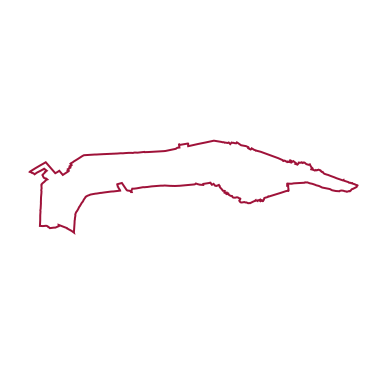 Scobinti, Iasi, Romania, rotated 187°
{"feature_id": "2599482B99021610053255", "entity_name": "Scobinti", "entity_type": "district", "adm_level": 2, "iso_a3": "ROU", "parent_name": "Romania", "parent_adm1": "Iasi", "projection": "natural_earth1", "projection_center": [26.947, 47.425], "detail": "fine", "context": "isolated", "style": "outline", "palette": "rose", "viewbox_px": 384, "rotation_deg": 187, "n_neighbors": 0, "source": "geoboundaries", "source_scale": "gbopen_adm2", "svg_char_len": 5885}
<svg xmlns="http://www.w3.org/2000/svg" viewBox="0 0 384 384"><g transform="rotate(187 192 192)"><path d="M316.1,205.2L314.8,204.1L316.4,202.8L315.8,202.3L316.5,201.7L315.9,201.2L318.0,199.5L317.1,198.7L318.0,197.9L317.3,197.4L322.3,193.2L326.3,196.9L327.9,195.5L330.0,194.0L340.8,203.7L343.3,201.8L345.5,200.2L350.1,196.7L355.3,192.5L355.5,192.2L355.2,192.1L354.9,192.3L354.6,192.1L354.3,192.1L353.3,191.5L352.9,191.6L352.2,191.4L352.0,191.2L351.0,190.9L350.4,190.4L348.2,192.4L344.2,195.1L342.9,196.1L342.3,196.3L342.2,196.6L341.6,197.1L338.8,195.4L340.2,194.2L340.0,193.9L342.0,191.4L342.5,190.6L342.1,190.2L341.8,189.4L340.8,188.1L339.6,187.6L339.0,187.7L338.2,187.5L337.2,186.8L338.0,186.4L338.4,185.9L339.9,184.0L341.4,182.5L342.3,181.2L342.1,180.7L342.3,180.4L341.7,177.2L341.8,176.2L341.8,175.2L341.5,174.5L341.3,172.0L341.3,171.3L341.2,168.3L340.8,164.2L340.8,163.6L340.6,162.8L340.2,156.9L340.3,155.3L340.1,154.6L340.0,154.2L339.8,150.5L339.2,145.3L338.8,139.8L335.8,140.0L333.1,140.6L332.1,140.7L330.9,140.2L330.4,139.7L330.1,139.8L328.7,138.8L324.4,139.9L323.7,139.9L323.1,140.1L320.9,141.4L320.1,141.8L320.4,143.1L311.6,140.9L311.4,140.5L310.9,140.4L309.3,139.7L308.6,139.5L307.9,139.1L307.1,138.9L304.2,137.3L304.3,137.6L304.8,146.9L305.0,149.2L304.9,150.4L305.0,151.6L304.9,153.7L304.9,154.8L305.1,155.3L304.9,156.6L304.5,157.9L303.7,159.3L302.7,161.7L302.3,163.1L301.6,164.3L300.1,167.8L299.3,169.0L298.9,169.9L298.5,171.2L297.5,173.0L296.9,174.4L296.3,174.6L295.8,175.2L294.8,175.8L293.2,176.6L292.7,177.0L289.9,177.9L287.6,178.6L286.2,178.9L282.5,180.0L282.2,180.0L278.9,180.9L272.3,182.6L270.0,183.0L263.5,184.6L263.6,184.9L264.3,185.8L265.3,186.9L265.6,187.6L266.0,188.1L266.3,188.2L266.5,189.0L267.1,190.2L267.1,190.6L262.7,192.4L257.3,186.2L256.4,185.6L253.9,185.6L252.7,184.9L252.5,184.5L251.8,184.6L252.1,185.2L252.3,185.9L251.7,188.0L250.1,188.2L247.3,188.9L241.2,190.8L240.0,190.9L236.7,191.6L233.0,192.6L223.7,194.5L221.3,194.8L220.1,195.1L214.8,195.4L209.6,195.9L204.9,196.7L190.6,199.8L189.9,200.1L189.2,200.9L187.4,200.5L185.8,200.3L185.4,200.2L181.7,200.4L181.8,201.4L175.8,203.1L175.6,203.3L174.8,203.5L173.9,202.3L173.1,201.6L171.6,202.7L169.7,201.0L168.3,201.2L168.2,201.1L166.2,202.3L165.9,201.9L165.7,201.5L165.2,201.3L165.1,201.0L165.1,200.5L164.5,199.8L162.9,198.5L161.5,197.0L160.4,197.1L159.6,197.0L159.6,196.5L159.8,195.3L159.7,195.2L158.6,195.2L157.5,195.7L157.3,195.7L157.0,195.1L157.1,194.8L157.4,194.4L157.5,194.2L157.3,194.1L156.8,194.2L156.2,194.9L155.8,195.0L155.3,194.0L154.9,193.6L153.2,192.9L151.8,192.9L151.0,191.8L150.3,191.5L148.5,191.6L146.9,192.2L145.9,192.2L144.3,191.5L143.4,191.4L143.2,191.2L143.3,190.6L143.5,190.1L143.9,189.4L144.0,189.1L143.1,188.1L142.5,187.7L141.8,187.6L140.4,187.9L138.9,188.4L137.8,188.1L137.1,188.3L136.1,188.1L135.5,187.9L134.9,187.7L133.6,188.0L133.0,188.0L129.8,190.1L128.7,190.7L128.0,191.4L127.9,191.0L126.6,191.5L125.8,191.1L125.6,191.7L124.9,191.9L124.0,192.4L124.1,191.8L123.1,191.3L122.7,192.5L121.9,192.4L122.1,191.7L121.4,191.6L121.4,191.8L121.2,192.0L120.9,191.9L120.9,191.7L120.4,191.7L119.9,193.0L119.7,193.2L119.6,194.0L119.6,194.6L119.4,194.8L118.6,195.3L117.2,195.8L116.4,196.2L116.0,196.4L115.7,197.0L115.1,196.9L103.3,202.2L98.9,204.3L97.3,204.8L96.5,204.8L96.4,205.1L96.6,205.2L96.8,205.6L96.8,205.8L96.5,206.4L97.1,208.4L97.3,210.0L98.3,209.8L98.5,211.9L98.4,212.0L95.1,212.2L93.9,212.4L92.0,213.0L89.8,213.4L81.5,214.9L80.9,215.4L80.3,215.3L78.7,215.6L76.2,215.0L73.7,214.8L70.8,214.2L69.5,213.8L67.0,213.5L65.9,213.2L65.6,213.1L63.4,212.3L56.4,211.8L55.1,211.6L53.5,210.9L53.0,210.8L49.4,210.5L45.8,210.7L45.5,211.1L44.5,211.5L43.8,211.7L42.0,211.7L40.0,211.3L39.4,211.4L39.0,211.3L38.8,211.3L38.4,211.1L37.3,211.5L36.9,211.8L35.7,212.2L35.4,212.0L34.6,212.8L34.0,213.9L33.6,214.3L32.3,214.9L32.2,215.1L31.6,215.4L29.3,217.0L29.3,217.3L29.1,217.8L28.5,218.6L28.6,218.8L30.8,219.2L31.3,219.5L33.6,219.9L33.9,220.0L34.1,220.4L34.3,220.4L34.5,220.2L35.1,220.1L35.7,220.4L36.5,220.5L36.7,220.4L37.1,220.3L37.8,220.7L38.1,220.9L38.7,221.0L42.3,221.7L42.8,221.9L43.0,222.4L43.6,221.9L50.3,223.3L52.4,223.9L56.7,224.9L59.3,225.6L59.8,225.6L62.8,226.2L63.8,226.8L64.8,227.9L65.8,227.8L66.6,228.5L66.8,228.9L67.2,229.1L67.4,229.0L67.8,229.3L68.1,229.3L69.1,229.6L70.0,229.1L70.3,229.1L70.8,228.7L71.0,228.7L71.4,228.8L71.4,228.7L72.1,228.5L72.3,228.6L72.9,228.3L73.6,228.6L75.1,228.9L75.6,228.9L75.9,229.1L76.4,229.1L76.3,229.5L75.4,230.3L76.7,231.3L77.8,232.8L78.4,233.8L79.5,233.2L81.9,233.6L83.7,234.8L84.2,234.9L85.2,234.5L85.2,234.8L86.8,234.5L87.1,234.7L87.4,234.3L89.6,234.2L89.6,233.6L90.7,232.0L92.8,232.5L92.3,233.3L95.2,235.0L95.9,234.4L96.2,234.4L98.1,235.4L98.5,235.3L98.4,234.9L98.1,234.8L97.4,234.3L96.9,233.4L97.0,233.3L100.6,234.0L100.8,233.8L100.6,233.4L101.0,233.3L101.1,233.5L101.7,233.6L102.1,233.8L102.7,233.9L102.9,234.1L103.4,234.3L103.9,234.3L104.1,234.4L105.1,233.9L105.4,234.0L105.7,234.6L110.6,236.1L128.7,240.3L133.3,240.9L133.6,240.8L133.8,241.1L135.5,241.4L135.8,241.6L138.1,242.6L138.5,241.7L139.0,241.3L141.5,242.3L141.3,243.1L141.6,243.4L142.3,243.5L143.0,243.8L144.0,244.1L149.0,244.4L152.4,246.2L153.5,246.7L153.8,246.1L154.1,245.7L155.9,245.7L157.1,245.9L158.1,245.7L158.7,245.9L159.9,244.2L161.6,245.6L162.4,245.1L162.6,245.0L164.9,245.1L165.6,244.9L166.1,245.2L166.6,245.3L167.4,245.1L169.1,245.3L176.5,245.6L184.6,242.8L191.8,240.4L200.5,237.3L201.4,237.0L201.5,237.3L201.5,237.9L201.7,239.3L201.8,239.3L202.0,239.6L210.0,237.2L210.9,238.4L209.9,234.6L212.0,234.1L213.2,233.1L213.3,232.9L223.3,229.5L225.1,229.1L241.0,226.2L243.9,225.8L244.1,226.0L250.8,224.4L253.5,224.2L254.3,224.0L255.3,223.6L259.2,223.2L263.5,222.4L265.2,222.0L267.9,221.7L270.7,221.1L285.0,218.7L292.3,217.4L292.7,217.4L303.4,215.4L304.0,215.2L305.5,214.1L309.3,210.9L313.3,207.7L314.0,206.9L315.6,205.8L316.1,205.2Z" fill="none" stroke="#9f1239" stroke-width="2"/></g></svg>